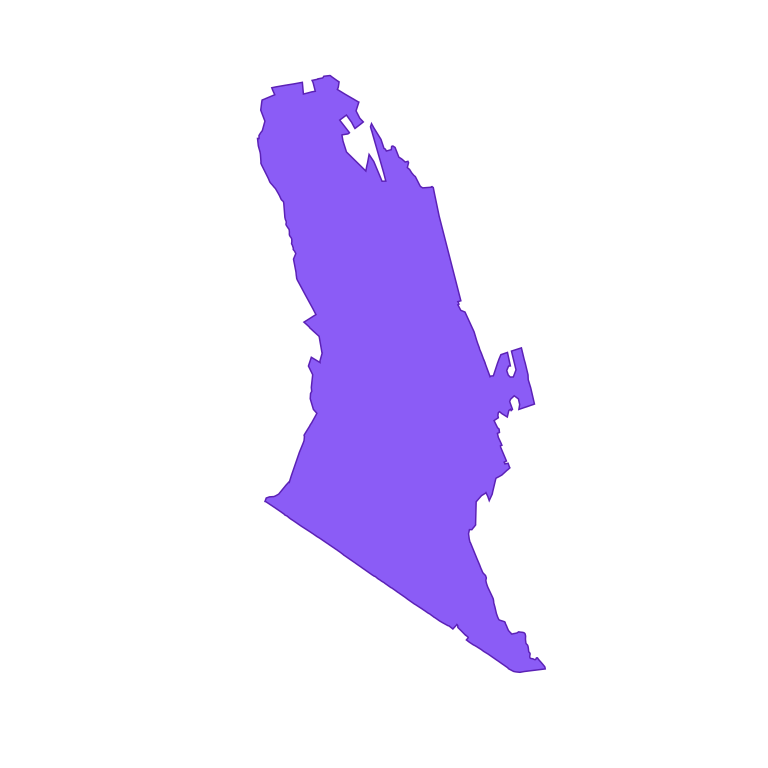 Salnavas pag., Karsavas, Latvia (Natural Earth projection), rotated 77°
{"feature_id": "27541924B78663906556024", "entity_name": "Salnavas pag.", "entity_type": "district", "adm_level": 2, "iso_a3": "LVA", "parent_name": "Latvia", "parent_adm1": "Karsavas", "projection": "natural_earth1", "projection_center": [27.552, 56.809], "detail": "fine", "context": "isolated", "style": "filled", "palette": "violet", "viewbox_px": 768, "rotation_deg": 77, "n_neighbors": 0, "source": "geoboundaries", "source_scale": "gbopen_adm2", "svg_char_len": 6026}
<svg xmlns="http://www.w3.org/2000/svg" viewBox="0 0 768 768"><g transform="rotate(77 384 384)"><path d="M79.9,438.9L81.5,439.6L89.4,442.5L101.1,440.9L109.8,445.6L110.6,446.6L111.5,447.7L112.8,449.0L113.4,449.6L113.7,449.9L115.2,450.2L116.6,450.6L116.8,450.8L116.6,451.1L116.3,452.0L123.8,452.9L130.1,452.6L132.1,452.7L139.8,453.9L140.8,454.2L141.3,454.3L143.0,454.0L157.5,450.5L161.5,449.8L162.9,449.2L165.4,447.8L167.1,447.0L169.2,445.8L174.4,444.2L176.9,443.5L180.4,442.8L181.2,442.6L181.9,442.2L183.6,441.0L185.3,441.0L199.3,443.1L201.6,443.1L203.0,442.8L204.1,442.8L205.3,443.1L205.9,443.5L206.2,443.6L206.8,443.6L207.4,443.5L209.9,442.6L212.1,441.7L212.4,441.7L214.7,442.0L216.6,442.5L217.3,442.6L217.9,442.6L219.0,442.3L220.5,441.6L222.0,441.3L224.6,441.8L226.4,442.5L226.7,442.5L228.1,442.1L229.1,442.0L229.8,442.0L230.8,441.8L231.1,441.8L232.0,442.1L232.6,442.2L234.3,441.3L235.6,441.0L236.9,440.6L237.1,440.7L237.5,440.9L241.8,444.0L242.1,444.1L255.2,444.6L259.0,445.1L259.7,445.1L261.1,445.3L261.8,445.3L263.5,445.0L270.3,443.1L279.9,440.5L294.1,436.5L301.1,434.7L301.9,437.2L305.7,448.1L311.7,443.9L312.3,443.9L323.0,436.5L339.5,437.4L339.8,437.2L347.1,441.2L348.7,441.5L341.6,448.8L349.5,453.6L358.9,451.4L371.0,455.6L374.9,456.1L376.7,457.7L381.8,459.2L392.9,458.5L397.4,456.0L398.5,456.9L405.4,463.1L407.4,465.2L408.2,465.8L410.8,468.4L413.9,471.5L415.9,473.4L416.3,473.4L416.9,473.4L417.1,473.3L421.1,474.6L423.3,476.0L431.5,481.8L452.8,495.1L458.1,498.2L457.8,498.3L460.4,502.1L467.6,511.4L468.6,514.8L468.9,516.4L468.9,517.0L468.7,517.9L468.3,520.5L468.2,521.0L468.6,524.4L471.7,526.4L472.2,525.5L483.4,515.0L488.2,510.7L488.8,510.4L489.2,510.2L489.5,509.9L490.8,508.2L491.3,507.8L493.2,506.4L493.9,505.8L495.4,504.5L495.6,504.2L503.7,496.8L511.7,489.0L517.7,483.5L519.4,481.7L525.8,475.8L537.3,465.2L541.0,462.1L541.3,462.0L549.5,454.5L567.2,438.6L569.0,436.8L569.2,436.7L569.6,435.7L570.6,435.1L572.5,433.6L574.4,431.7L575.4,430.9L577.7,428.5L578.4,428.0L583.9,423.1L584.6,422.2L587.6,419.5L589.7,417.7L596.6,411.4L598.9,409.5L605.3,403.8L605.8,403.2L611.5,397.7L617.3,392.4L618.3,391.2L620.1,389.7L621.6,388.4L622.4,387.8L623.2,386.9L627.4,383.1L629.6,380.8L633.8,376.1L634.0,375.8L634.3,375.1L638.2,372.0L635.5,368.0L634.7,367.1L635.8,366.5L637.9,366.8L641.8,364.3L647.1,361.1L647.0,360.9L649.8,358.9L650.3,359.2L651.9,361.3L652.0,361.2L654.6,359.1L658.2,355.7L659.6,354.0L664.5,349.1L666.9,347.1L670.6,343.3L688.4,327.2L689.4,326.8L693.2,322.4L693.8,321.1L694.3,319.9L695.5,316.4L695.7,312.0L697.9,291.0L696.1,290.9L695.6,291.0L692.9,292.3L686.9,295.5L685.8,295.9L685.3,296.2L685.2,296.4L685.2,296.7L685.2,297.1L686.2,297.9L686.5,298.3L686.6,298.8L686.4,299.3L685.2,300.8L685.0,301.3L684.4,302.8L684.2,303.0L683.8,303.3L683.0,303.4L682.3,303.3L681.4,303.0L680.3,302.5L679.2,302.3L678.8,302.5L677.6,303.1L677.4,303.2L673.9,302.8L671.9,302.7L671.3,302.8L670.7,302.9L669.0,303.9L668.1,304.0L664.7,303.6L663.1,303.2L661.8,302.8L660.9,302.7L659.3,302.7L658.4,303.1L657.7,303.7L657.1,305.0L656.3,307.3L655.8,308.5L655.8,308.8L656.2,309.6L656.5,310.5L656.5,312.0L656.4,313.9L656.4,315.7L656.3,315.8L656.1,316.1L655.1,316.4L654.5,316.9L652.5,318.0L652.1,318.2L648.9,318.8L647.4,319.0L644.7,319.6L643.7,319.6L643.0,319.8L642.7,320.1L642.5,320.4L640.0,324.6L639.6,324.9L639.0,325.2L636.5,325.7L632.9,326.1L626.1,326.1L624.5,326.2L623.4,326.2L622.2,326.3L621.3,326.2L620.1,326.0L618.0,325.9L616.2,326.2L605.6,328.5L604.4,328.7L601.3,329.0L599.4,329.0L598.1,328.9L596.5,328.1L595.8,327.9L595.0,328.0L593.7,328.1L593.0,328.4L591.9,329.1L590.9,329.7L590.1,330.1L588.9,330.4L586.4,330.8L585.7,331.0L582.0,331.5L575.2,332.7L558.0,335.5L557.7,335.6L557.5,335.8L554.0,335.8L548.9,335.3L545.1,333.5L545.7,331.2L544.5,329.7L543.4,328.2L541.9,326.4L541.2,326.3L519.5,320.7L514.7,314.1L513.1,309.3L512.9,309.1L516.7,308.2L521.3,307.7L515.6,303.3L513.6,302.4L501.5,296.4L500.9,295.9L500.3,293.4L499.2,289.6L495.6,283.3L495.5,282.9L494.0,280.2L492.9,280.5L489.1,280.9L489.1,284.1L487.2,284.5L486.6,282.0L471.7,284.6L470.3,284.4L470.2,282.9L468.3,283.2L461.7,284.6L457.6,284.6L457.2,282.4L453.8,282.0L452.1,283.2L444.4,285.0L442.6,280.2L440.3,280.1L437.7,279.1L436.9,277.7L439.4,275.8L441.4,273.8L443.9,271.3L437.9,268.3L437.1,266.5L438.5,266.1L437.6,264.5L429.4,265.5L427.4,264.2L424.8,259.8L428.7,256.4L434.5,256.4L439.1,258.3L437.4,241.9L420.9,241.9L412.2,242.5L407.4,241.6L395.3,241.7L391.9,241.9L379.7,242.0L380.6,252.4L399.9,252.2L406.2,256.4L405.7,259.4L403.3,260.9L398.5,261.4L394.6,258.6L394.8,256.8L381.0,256.6L381.7,263.5L385.7,266.4L389.4,268.8L400.6,275.6L400.3,278.4L400.7,279.0L391.4,280.2L386.6,280.8L386.5,280.7L383.1,281.2L383.1,281.3L376.1,282.2L371.6,283.0L370.1,283.0L365.5,283.6L362.4,283.9L353.4,284.5L332.1,288.9L329.5,292.6L323.4,294.2L323.1,293.0L321.2,293.2L320.4,293.5L320.2,290.4L232.8,292.5L210.2,292.0L203.7,291.8L202.0,293.2L201.8,293.2L202.9,293.3L202.9,293.7L201.6,302.2L200.0,303.8L199.1,304.3L189.0,306.8L187.3,308.1L184.3,309.6L180.7,310.8L178.4,312.6L173.9,310.3L172.4,310.6L172.5,313.4L169.1,315.8L167.9,316.9L166.3,318.5L156.0,320.0L154.1,321.8L154.2,323.1L157.3,324.2L157.5,329.3L155.5,329.8L154.4,331.0L145.0,331.9L132.4,336.2L127.5,337.6L130.3,339.3L131.2,339.3L134.6,339.1L135.7,338.8L135.8,339.0L178.3,336.8L186.7,336.6L186.0,340.3L164.9,343.9L157.0,346.9L165.3,350.5L167.0,351.4L172.4,353.8L149.6,368.3L149.1,368.4L138.1,369.3L131.9,369.0L131.8,368.9L132.2,363.0L132.1,362.6L131.9,362.4L131.9,362.2L131.5,361.2L131.4,361.1L116.9,367.8L113.5,360.1L121.7,356.7L126.7,355.4L128.5,354.8L125.1,347.4L124.0,345.2L119.6,347.8L111.6,349.8L103.7,345.1L103.6,345.3L97.2,352.1L92.8,356.8L86.5,363.2L84.6,361.8L80.8,360.3L79.5,359.8L78.9,360.5L78.4,360.8L78.0,361.3L72.9,365.8L71.5,366.9L71.3,367.3L71.2,367.7L71.2,368.0L70.6,373.4L71.8,374.6L72.0,375.1L71.8,379.8L72.1,379.9L72.0,385.8L74.2,385.3L83.3,385.1L83.1,388.6L83.3,394.0L83.3,397.3L71.7,395.7L71.3,404.5L70.7,413.3L70.2,422.5L70.1,426.7L72.4,426.4L77.6,425.4L79.9,438.9Z" fill="#8b5cf6" stroke="#5b21b6" stroke-width="1.5"/></g></svg>